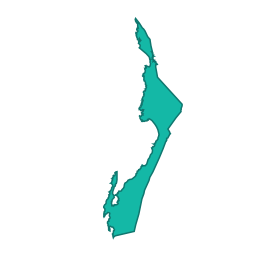 outline of Aurora, Aurora, Philippines, rotated 156°
{"feature_id": "2640588B82822310999177", "entity_name": "Aurora", "entity_type": "district", "adm_level": 2, "iso_a3": "PHL", "parent_name": "Philippines", "parent_adm1": "Aurora", "projection": "orthographic", "projection_center": [121.871, 15.753], "detail": "fine", "context": "isolated", "style": "filled", "palette": "teal", "viewbox_px": 256, "rotation_deg": 156, "n_neighbors": 0, "source": "geoboundaries", "source_scale": "gbopen_adm2", "svg_char_len": 5755}
<svg xmlns="http://www.w3.org/2000/svg" viewBox="0 0 256 256"><g transform="rotate(156 128 128)"><path d="M186.0,33.8L185.5,34.2L183.5,34.7L164.4,31.0L160.2,36.6L153.1,45.0L144.1,57.6L140.3,61.5L138.2,64.4L130.2,71.5L128.2,74.0L123.1,77.8L111.5,88.1L104.3,94.9L99.1,100.2L98.6,100.3L97.9,101.2L97.5,101.2L96.9,102.8L95.7,102.7L92.4,105.3L91.0,105.7L91.9,105.9L91.6,107.8L92.0,110.8L79.9,117.9L72.9,121.4L72.8,122.2L71.8,123.4L71.5,124.2L69.6,126.2L68.9,127.7L80.4,162.3L77.9,172.4L77.0,174.4L75.4,174.2L75.6,175.4L75.9,175.5L75.8,175.9L76.2,176.4L76.0,176.9L76.4,177.2L76.1,177.4L76.6,177.6L76.3,178.2L76.7,178.3L76.6,178.8L77.2,178.7L76.7,179.1L77.3,179.2L76.9,179.5L77.0,180.1L77.4,180.3L77.2,180.8L77.6,181.0L77.0,181.2L76.9,181.8L77.3,182.2L76.5,182.4L76.7,182.9L76.4,183.4L75.6,183.2L76.0,183.6L75.4,183.9L75.6,184.2L75.3,184.3L75.7,184.6L75.6,185.5L75.5,185.8L75.2,185.6L74.8,186.5L75.5,188.0L74.7,187.9L73.6,193.8L71.9,200.0L72.9,203.5L73.0,209.6L73.5,212.2L74.2,213.6L75.0,219.2L76.5,225.0L77.2,224.3L77.6,222.4L77.3,221.7L77.5,221.0L77.0,220.5L77.1,220.1L76.2,220.0L76.1,219.4L76.9,219.0L77.9,216.7L77.8,216.0L78.3,215.8L78.2,215.1L79.2,215.4L80.1,214.2L80.1,213.9L79.3,213.4L79.7,212.2L81.2,211.7L81.7,211.9L81.6,211.1L82.3,211.2L82.5,210.6L82.1,209.7L83.0,208.9L82.8,208.3L83.1,206.8L82.6,205.8L83.1,205.6L83.4,204.9L82.4,203.6L81.7,203.7L81.1,204.6L81.1,203.7L80.6,202.9L82.0,202.1L82.7,202.8L83.2,202.5L83.3,201.8L84.0,201.1L83.3,199.5L83.3,198.4L84.0,197.2L85.1,196.7L81.1,188.5L79.9,184.9L79.7,183.1L80.1,182.6L79.9,182.1L80.2,181.7L79.8,181.4L80.4,180.6L80.3,180.0L80.8,179.8L81.2,178.8L81.2,177.7L82.5,175.8L83.7,175.2L84.5,175.7L84.9,176.4L86.2,176.9L86.1,177.7L87.0,177.8L86.8,176.6L87.2,176.2L86.8,175.7L87.3,175.3L88.2,175.6L88.1,175.3L88.6,175.1L88.8,174.6L88.7,173.7L89.9,171.8L90.8,171.3L91.1,171.5L92.2,171.2L92.4,171.0L92.1,170.6L92.3,170.1L93.5,169.6L93.4,169.2L92.8,169.2L92.2,168.7L92.9,168.1L92.9,167.5L93.9,165.7L94.0,165.2L93.6,164.8L94.0,164.4L93.6,164.0L93.5,162.6L94.0,161.5L93.9,160.9L94.4,160.5L94.0,159.5L94.3,159.5L94.4,158.6L94.7,158.5L94.5,158.2L94.7,157.4L95.5,157.1L95.5,156.9L95.7,156.6L96.2,156.2L96.4,156.3L96.3,156.0L97.1,154.9L97.7,155.2L98.4,154.9L98.8,155.1L99.4,154.5L99.4,152.5L100.0,152.2L100.0,151.7L100.5,150.8L101.2,150.7L103.3,148.8L103.5,148.5L103.0,148.3L103.1,146.9L103.3,146.7L104.0,146.9L103.8,146.6L104.3,146.3L104.0,146.2L104.2,145.8L105.2,145.2L104.9,145.1L105.0,144.9L105.8,144.7L105.8,144.4L106.0,144.3L105.6,143.8L105.8,143.5L106.1,143.3L106.8,143.5L106.9,143.2L107.2,143.2L107.1,142.8L107.5,142.0L108.1,142.0L108.7,142.3L109.2,141.9L109.1,141.6L109.8,141.5L109.6,141.0L110.2,140.3L109.7,140.1L109.0,139.1L109.7,138.6L108.8,138.8L108.2,138.5L107.1,138.9L106.4,138.3L107.3,137.8L107.5,137.5L107.3,137.5L107.2,137.4L107.7,136.9L109.2,136.8L109.1,136.4L109.5,136.0L109.1,135.4L109.2,135.0L108.8,134.8L109.3,134.6L109.1,133.9L110.4,134.2L111.0,133.4L111.8,133.5L112.5,134.4L112.7,134.2L112.4,133.1L113.0,132.4L113.0,131.5L112.9,130.0L112.5,129.7L112.2,129.8L111.8,129.5L111.9,129.0L112.5,128.5L112.1,128.4L112.2,128.2L111.7,127.9L111.1,128.0L110.3,127.4L109.5,127.5L107.7,126.8L106.7,127.6L106.5,127.4L106.5,127.8L105.4,127.6L104.9,127.9L103.1,125.2L101.9,120.6L101.4,117.3L101.4,114.2L102.3,109.2L102.8,109.0L103.0,108.4L104.5,106.9L105.3,105.6L105.9,105.5L106.4,104.9L108.0,104.6L108.7,103.2L109.9,103.2L110.0,102.6L110.4,102.4L111.0,102.7L110.4,101.8L111.2,100.7L112.0,100.5L112.5,100.9L113.0,100.8L113.0,100.5L113.4,100.2L114.1,100.2L113.9,99.9L114.4,99.8L114.7,99.4L114.4,98.4L114.6,97.8L115.9,95.6L118.4,94.3L120.5,92.1L122.4,91.1L125.6,87.4L127.8,86.5L128.2,86.9L129.2,87.1L130.1,88.4L130.7,87.9L130.8,87.3L131.7,87.4L132.3,86.2L133.2,86.1L134.1,85.2L135.2,85.6L136.0,84.7L137.1,84.8L138.4,82.9L139.3,82.9L140.1,81.4L141.5,80.7L144.9,79.8L145.9,79.8L147.2,80.3L149.4,80.2L149.8,79.7L151.6,79.0L153.1,78.9L154.2,77.9L155.7,75.6L157.0,74.7L158.5,74.2L159.5,73.3L160.8,73.4L162.0,74.0L162.3,73.6L163.9,72.9L164.3,72.5L164.2,72.3L163.3,72.9L163.6,72.3L164.3,72.0L166.9,72.0L167.1,71.8L166.1,71.2L165.6,70.4L165.1,68.7L165.4,68.3L165.0,67.5L165.8,66.8L165.7,66.0L166.1,65.7L165.9,65.4L166.2,65.2L166.8,65.5L166.9,65.2L167.3,65.3L168.0,64.7L168.2,64.4L167.9,64.3L167.6,63.1L168.7,62.5L169.8,62.5L171.0,63.2L171.5,62.9L171.5,63.3L171.9,63.2L173.0,63.5L173.4,62.8L173.9,63.5L174.4,63.6L173.8,65.3L173.9,65.9L172.8,67.1L173.1,67.4L172.1,68.1L171.5,69.0L168.9,70.1L168.4,71.9L168.8,74.3L168.6,74.8L167.5,76.5L165.2,78.9L164.8,79.7L163.4,80.1L162.9,80.6L162.7,81.4L161.8,82.1L161.3,82.0L160.6,82.9L159.1,85.2L155.8,92.6L157.0,92.8L157.3,92.4L157.8,92.5L157.7,92.0L158.3,91.9L158.6,90.8L159.4,89.9L160.3,89.9L160.5,90.3L160.8,89.8L161.1,90.0L161.2,89.3L162.2,89.0L162.2,88.4L162.6,88.4L162.9,87.7L163.3,87.9L163.1,87.2L163.5,86.5L164.2,86.2L164.6,85.4L165.5,84.7L166.2,84.6L165.7,84.2L165.2,82.1L165.8,80.9L167.3,80.0L167.6,79.3L169.1,77.9L170.5,77.5L170.3,77.2L170.8,76.7L171.1,76.8L170.9,76.4L171.5,75.0L172.3,74.9L172.3,74.5L172.8,74.5L172.8,73.8L174.1,72.3L174.5,72.3L174.8,71.6L176.6,71.0L177.8,69.9L178.6,68.2L179.5,67.6L180.6,67.3L182.0,66.2L182.5,65.1L182.0,63.8L182.8,61.5L183.6,61.4L185.1,59.2L185.6,57.6L185.9,57.5L186.0,57.3L185.7,57.0L186.1,56.9L186.1,56.5L184.7,57.3L183.6,58.6L182.5,58.2L181.0,59.1L179.9,58.4L179.3,57.5L180.8,55.4L180.7,53.5L181.4,52.7L182.1,52.8L183.0,51.8L183.5,50.6L184.1,50.9L184.9,50.5L185.5,49.3L185.3,48.2L185.9,47.3L185.9,46.2L186.5,43.9L186.9,43.6L186.8,42.7L187.1,42.3L186.6,42.0L186.7,41.7L186.4,41.3L185.7,42.8L185.3,45.6L184.4,45.6L184.0,45.4L183.3,44.3L182.7,44.0L181.8,43.1L182.0,42.2L181.7,40.7L182.3,39.9L183.0,40.0L184.6,37.5L185.2,37.6L185.5,36.8L185.1,36.1L185.7,35.6L186.0,33.8Z" fill="#14b8a6" stroke="#0f766e" stroke-width="1.5"/></g></svg>